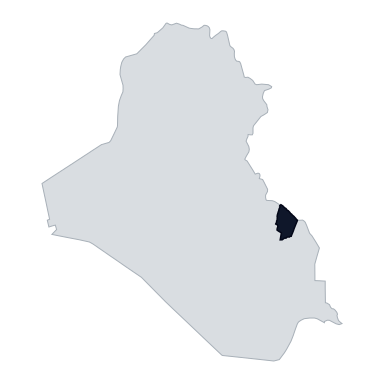 Ali Al-Gharbi, Maysan, Iraq shown in context
{"feature_id": "34846034B45052357299579", "entity_name": "Ali Al-Gharbi", "entity_type": "district", "adm_level": 2, "iso_a3": "IRQ", "parent_name": "Iraq", "parent_adm1": "Maysan", "projection": "equal_earth", "projection_center": [46.697, 32.421], "detail": "fine", "context": "in_parent", "style": "filled", "palette": "ink", "viewbox_px": 384, "rotation_deg": 0, "n_neighbors": 0, "source": "geoboundaries", "source_scale": "gbopen_adm2", "svg_char_len": 4983}
<svg xmlns="http://www.w3.org/2000/svg" viewBox="0 0 384 384"><path d="M154.4,33.5L157.3,32.7L162.8,27.9L166.0,23.4L167.0,23.0L169.8,24.5L171.8,24.9L176.5,23.2L179.3,24.1L181.6,25.2L182.9,25.3L189.1,28.1L190.7,28.4L193.9,28.8L198.7,28.9L201.9,27.1L204.1,25.3L205.6,25.4L207.1,25.8L208.4,26.6L209.4,27.9L209.9,29.7L209.6,35.7L210.1,37.3L210.9,38.4L212.0,38.6L213.3,37.3L215.6,35.4L218.5,33.4L220.6,31.5L221.8,30.8L223.7,30.9L225.5,31.2L226.6,32.1L226.6,32.4L227.5,35.2L229.9,45.7L231.3,47.1L232.9,48.2L234.0,49.7L234.5,51.3L234.3,53.7L234.4,56.6L235.0,58.8L235.9,60.4L236.8,61.2L238.1,61.3L239.6,61.7L240.6,63.4L243.9,75.4L244.2,77.0L245.6,77.5L247.9,77.2L250.2,78.5L252.7,80.4L255.1,84.1L256.7,84.7L261.7,84.1L268.5,84.7L271.7,86.6L271.4,87.8L268.9,89.1L264.5,90.6L263.3,93.2L262.5,96.6L262.6,98.5L263.7,100.6L266.8,104.7L266.9,106.2L267.5,108.3L268.0,109.7L267.4,112.5L264.6,114.4L260.9,116.5L253.5,125.8L253.0,127.8L253.0,133.3L252.3,134.8L249.9,134.8L248.1,134.5L248.0,136.4L246.8,139.0L246.1,141.2L248.8,146.5L249.3,149.3L248.9,151.8L246.3,156.2L244.8,159.2L245.2,159.9L247.1,161.0L253.2,170.7L255.2,174.1L257.8,173.2L258.7,173.3L259.5,173.8L260.0,175.0L259.9,176.4L259.3,178.6L262.6,179.5L263.8,181.7L267.6,189.3L267.5,191.5L265.6,195.1L265.6,197.5L266.0,199.6L266.6,200.4L272.3,200.7L274.7,201.5L280.6,205.4L287.3,211.4L292.8,216.3L297.5,220.4L302.6,220.1L303.9,220.9L305.2,222.2L306.7,225.6L309.6,233.3L312.0,235.9L315.9,242.1L319.4,248.0L317.1,255.9L314.8,264.1L314.9,274.8L314.9,280.6L319.8,280.8L325.2,281.1L325.2,287.9L325.3,294.8L325.4,302.7L327.0,303.1L329.5,304.7L330.6,307.3L332.0,308.7L333.6,308.9L335.2,310.2L336.9,312.5L337.5,314.2L337.0,315.4L337.4,317.5L338.5,320.5L339.9,321.9L342.0,323.6L339.2,324.6L336.1,323.8L329.4,320.3L327.3,320.2L324.5,321.5L324.4,322.7L317.3,318.8L314.8,318.1L313.9,318.0L309.9,318.0L304.2,318.7L300.9,320.3L298.5,322.0L297.5,323.6L297.1,324.5L295.3,329.4L293.2,335.6L291.0,341.2L286.7,349.1L284.4,352.8L279.3,359.6L273.8,361.0L261.1,359.6L247.1,358.1L233.1,356.6L222.6,355.5L221.9,355.2L211.6,345.5L203.5,337.8L193.5,328.3L183.2,318.5L172.8,308.7L165.3,301.5L156.2,292.3L147.9,283.9L141.4,277.3L133.0,271.6L126.4,267.1L116.9,260.5L109.3,255.3L102.8,250.8L92.8,243.9L89.4,242.0L79.0,239.7L69.0,237.8L58.7,235.8L51.9,234.4L56.6,229.5L55.3,225.1L52.0,226.0L48.9,227.0L47.3,220.2L49.6,219.3L47.7,210.4L45.8,201.3L43.9,192.5L42.0,183.5L50.8,177.7L57.4,173.4L66.6,167.4L75.5,161.6L83.9,156.1L93.2,150.0L101.5,144.6L109.1,142.4L110.7,140.7L114.3,133.3L117.3,127.0L117.5,125.5L117.7,116.5L118.4,106.1L119.5,100.5L121.3,95.5L122.9,91.9L123.1,88.6L123.0,85.2L121.5,80.0L120.0,74.6L120.3,69.5L120.7,66.7L121.8,62.3L123.6,59.0L125.6,57.0L132.6,55.0L136.8,53.8L142.5,48.1L145.9,44.7L150.6,39.3L154.1,35.4L154.4,34.0L154.4,33.5Z" fill="#d9dde1" stroke="#a8b0b8" stroke-width="1"/><path d="M297.4,220.2L297.2,220.1L296.7,219.6L296.2,219.1L296.0,218.8L295.8,218.5L295.6,218.2L295.2,217.8L295.0,217.7L294.7,217.3L294.4,216.9L294.1,216.6L293.9,216.4L293.6,216.1L293.2,215.8L292.8,215.5L292.5,215.2L292.3,215.1L292.1,214.8L292.0,214.6L291.8,214.4L291.7,214.3L291.6,214.1L291.4,214.0L291.3,213.9L291.0,213.8L290.6,213.5L290.5,213.4L290.4,213.2L290.2,212.9L290.0,212.7L289.8,212.3L289.5,212.1L289.3,211.8L289.0,211.5L288.7,211.3L288.5,210.9L288.4,210.8L288.3,210.7L288.1,210.6L287.6,210.5L287.4,210.4L287.2,210.3L287.1,210.1L286.9,209.7L286.6,209.4L286.5,209.2L286.3,209.0L286.1,208.7L285.8,208.4L285.6,208.3L285.4,208.2L285.1,208.1L284.9,207.9L284.7,207.8L284.5,207.6L284.4,207.4L284.2,207.2L283.7,207.0L283.5,206.8L283.3,206.6L283.1,206.4L283.0,206.1L282.9,205.9L282.6,205.7L282.1,205.5L281.7,205.2L280.9,204.7L280.7,204.9L280.6,205.0L280.2,205.3L280.0,205.5L279.8,205.6L279.7,205.8L279.6,206.0L279.9,206.3L280.0,206.4L280.1,206.5L280.1,206.8L280.1,207.0L279.9,207.3L279.5,208.0L279.2,208.6L279.2,208.8L279.1,209.1L278.9,209.7L278.8,210.3L278.6,211.0L278.2,212.0L278.0,212.8L277.6,214.1L277.4,214.7L277.2,215.9L277.1,216.3L277.2,216.6L277.3,216.8L277.3,217.0L277.2,218.0L277.2,218.5L277.2,219.0L277.2,219.6L277.1,219.9L277.0,220.1L276.9,220.6L276.8,220.8L276.6,221.0L276.6,221.3L276.6,221.8L276.6,222.0L276.6,222.3L276.5,222.5L276.3,222.8L276.1,223.1L276.0,223.3L275.8,223.7L275.7,224.0L276.2,224.4L276.6,224.5L276.8,224.5L277.1,224.5L277.3,224.6L277.4,225.1L277.7,225.6L277.8,226.0L277.8,226.6L277.6,227.4L277.3,228.0L277.2,228.5L277.1,229.4L277.0,230.0L277.6,230.5L278.6,231.2L279.8,231.9L280.6,232.4L281.1,232.7L281.4,232.9L281.2,234.0L280.9,235.8L280.5,238.0L280.3,239.2L280.2,239.7L280.2,239.9L280.7,239.8L281.3,239.6L281.8,239.9L282.4,239.7L282.9,239.3L283.5,238.8L284.1,238.4L284.6,238.1L285.1,238.0L285.8,238.2L286.2,238.0L286.7,237.5L287.2,237.1L287.4,237.0L288.2,236.9L289.2,237.1L289.7,236.6L290.3,236.4L291.2,236.3L291.4,235.7L291.8,234.7L292.1,233.9L292.6,232.8L293.0,231.7L293.4,230.8L293.8,229.5L294.2,228.4L294.8,226.9L295.4,225.4L296.0,223.9L296.5,222.7L297.1,221.3L297.4,220.2Z" fill="#0f172a" stroke="#020617" stroke-width="1.5"/></svg>